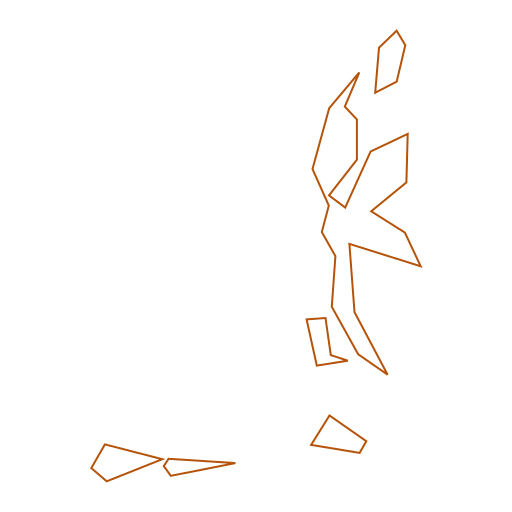 outline of Maluku Utara
{"feature_id": "IDN-538", "entity_name": "Maluku Utara", "entity_type": "Province", "adm_level": 1, "iso_a3": "IDN", "parent_name": "Indonesia", "parent_adm1": "", "projection": "equal_earth", "projection_center": [127.364, 0.08], "detail": "coarse", "context": "isolated", "style": "outline", "palette": "amber", "viewbox_px": 512, "rotation_deg": 0, "n_neighbors": 0, "source": "natural_earth", "source_scale": "10m", "svg_char_len": 724}
<svg xmlns="http://www.w3.org/2000/svg" viewBox="0 0 512 512"><path d="M331.8,306.8L335.4,256.1L321.8,232.0L328.8,205.6L312.5,169.0L329.2,108.2L359.3,72.4L344.8,106.6L356.9,119.5L356.9,159.7L329.0,195.4L345.2,207.6L370.6,151.5L407.7,133.9L406.4,182.4L371.2,211.3L404.9,232.6L420.7,266.3L349.4,243.9L354.5,312.1L387.6,374.7L358.2,354.3L331.8,306.8ZM162.3,459.2L106.7,481.3L91.3,468.1L104.9,444.4L162.3,459.2ZM366.3,441.2L359.6,452.9L311.1,444.9L329.5,415.5L366.3,441.2ZM405.3,45.2L396.7,81.6L375.2,92.7L379.0,47.7L396.6,30.7L405.3,45.2ZM347.8,360.7L316.8,365.6L306.6,319.4L325.5,318.0L330.8,355.1L347.8,360.7ZM235.4,463.1L170.8,475.8L163.8,466.1L168.6,458.8L235.4,463.1Z" fill="none" stroke="#b45309" stroke-width="2"/></svg>